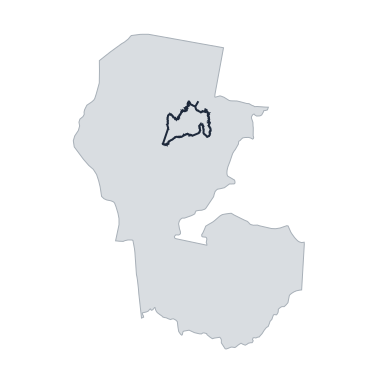 location of Mufumbwe, North-Western, Zambia, rotated 101°
{"feature_id": "96606910B54849868159577", "entity_name": "Mufumbwe", "entity_type": "district", "adm_level": 2, "iso_a3": "ZMB", "parent_name": "Zambia", "parent_adm1": "North-Western", "projection": "orthographic", "projection_center": [25.2, -13.766], "detail": "fine", "context": "in_parent", "style": "outline", "palette": "slate", "viewbox_px": 384, "rotation_deg": 101, "n_neighbors": 0, "source": "geoboundaries", "source_scale": "gbopen_adm2", "svg_char_len": 9190}
<svg xmlns="http://www.w3.org/2000/svg" viewBox="0 0 384 384"><g transform="rotate(101 192 192)"><path d="M254.5,257.7L238.0,257.4L232.0,258.6L227.0,260.6L221.1,263.7L217.6,265.9L216.7,267.1L216.1,269.9L216.1,274.1L215.4,277.1L213.6,279.9L204.6,283.1L198.7,285.8L193.0,289.0L188.6,293.2L185.6,298.4L180.6,304.8L170.2,316.2L164.3,318.3L159.3,317.8L153.3,315.3L148.6,314.9L145.0,316.3L141.8,315.9L138.8,313.4L136.3,312.6L134.2,313.2L131.7,313.1L126.9,311.8L122.8,307.7L120.6,306.0L118.9,305.3L114.0,304.7L102.7,303.8L91.0,305.9L80.7,308.0L70.1,298.9L59.9,289.4L57.7,286.9L53.9,283.7L51.1,282.2L50.0,281.4L47.1,272.8L45.5,264.9L44.4,188.6L91.3,188.1L94.3,187.8L94.4,187.0L92.3,182.9L92.4,181.5L92.9,178.7L95.0,173.2L95.1,171.3L94.1,165.3L94.2,162.0L94.7,155.2L94.4,152.9L95.5,149.8L95.8,147.8L96.3,146.9L95.7,144.6L94.7,136.5L94.2,133.2L97.0,133.6L97.9,135.3L98.5,137.1L99.8,137.2L103.1,138.3L104.3,139.8L105.1,143.0L104.6,144.7L103.6,146.0L104.6,147.2L106.9,148.0L108.2,147.7L112.0,145.5L115.5,144.7L117.3,144.1L125.1,142.7L126.6,141.9L127.7,141.9L128.5,142.5L127.8,144.8L127.6,146.8L128.5,150.7L129.2,152.5L130.9,153.8L132.0,154.4L133.4,155.8L136.1,155.6L142.0,157.6L143.8,158.5L146.3,159.4L148.1,159.7L154.3,160.5L160.7,161.6L164.1,161.7L166.5,161.4L168.2,160.9L169.2,160.3L169.7,159.7L172.2,152.5L173.4,151.9L175.0,151.5L176.0,152.2L177.0,156.8L181.6,161.0L183.2,164.5L184.4,167.5L185.4,168.4L187.1,169.4L190.0,169.8L192.5,169.9L205.1,175.2L206.4,176.1L208.0,178.9L208.8,181.9L209.8,184.4L211.4,184.9L212.9,185.1L214.3,186.7L215.4,188.2L219.0,194.3L219.5,196.7L221.3,198.3L223.7,199.0L225.9,199.1L227.3,198.5L230.5,197.3L233.0,195.9L234.8,195.4L235.9,195.8L236.7,196.8L237.2,199.8L239.0,200.8L240.3,200.4L240.8,199.3L240.9,198.7L241.4,167.3L240.2,167.5L238.8,168.4L235.4,168.4L234.1,169.1L233.7,170.1L233.9,171.4L234.0,173.1L233.5,174.0L232.0,174.3L229.9,173.5L226.1,172.6L222.9,172.0L220.7,169.6L217.6,166.0L215.6,164.2L210.7,160.4L209.9,159.7L208.4,157.9L207.2,155.0L206.0,151.5L205.4,149.4L206.6,146.1L209.6,135.2L210.3,131.9L212.7,128.5L212.9,125.4L212.0,121.4L212.3,119.3L212.7,106.9L212.1,102.9L210.5,98.6L207.0,92.5L207.0,91.2L212.6,87.3L214.2,85.8L217.1,82.7L219.1,80.0L220.3,77.9L220.8,75.0L219.9,72.3L221.8,71.8L267.2,65.7L267.8,67.6L269.1,70.7L270.7,73.0L272.6,75.0L274.2,76.3L275.3,76.7L282.3,76.7L284.7,78.0L286.9,79.6L287.4,82.0L288.8,83.5L290.3,84.7L291.0,84.9L292.1,84.6L294.0,84.6L295.7,85.2L296.5,85.7L296.6,87.7L297.1,88.6L299.4,89.0L301.8,89.3L304.1,90.7L306.6,91.0L309.5,91.6L310.8,93.1L313.8,94.7L317.5,96.1L321.6,98.5L321.7,99.2L322.4,100.5L323.1,101.4L323.1,102.8L323.4,104.1L324.5,104.4L325.3,104.5L326.2,103.6L327.3,103.7L328.5,104.3L328.8,105.8L329.7,107.8L331.2,109.2L332.2,110.5L331.8,112.9L331.1,115.0L333.1,117.2L335.8,119.4L336.5,120.3L336.6,123.3L337.0,124.4L338.7,126.9L339.6,128.6L339.5,129.6L334.5,134.4L331.4,135.0L330.1,136.0L329.3,137.0L331.1,142.1L332.1,144.0L331.2,146.3L329.1,150.2L328.2,150.5L328.0,153.6L328.5,154.7L329.5,155.6L329.8,157.7L329.6,162.7L328.2,168.5L330.2,173.6L331.0,174.2L334.0,174.3L334.5,174.8L333.7,176.2L331.5,178.4L327.6,179.9L322.0,181.7L320.8,183.5L320.0,186.1L320.6,187.7L321.3,188.6L321.0,190.9L320.4,193.3L320.5,195.3L320.2,197.0L319.5,197.8L318.4,200.3L317.1,202.9L316.2,204.0L314.7,205.2L312.5,206.2L312.5,206.7L315.0,208.0L315.6,208.8L315.8,209.4L314.7,210.7L315.9,211.5L317.2,212.2L318.5,214.0L319.9,217.2L320.2,217.6L320.6,217.6L321.4,217.3L323.0,216.0L324.1,215.6L325.4,217.5L302.0,224.8L296.6,226.3L288.4,228.9L285.7,229.9L283.6,230.8L261.9,236.6L258.5,237.7L250.9,240.7L250.6,241.3L250.7,242.7L251.3,245.7L252.5,248.5L253.6,250.1L254.2,254.1L254.5,257.7Z" fill="#d9dde1" stroke="#a8b0b8" stroke-width="1"/><path d="M103.9,211.9L103.7,212.3L103.8,212.5L104.1,212.5L104.6,212.8L104.7,212.7L105.0,212.9L105.5,212.5L105.9,213.0L106.2,213.1L106.5,212.6L107.0,212.9L107.5,212.8L107.2,212.4L107.6,212.1L107.7,211.8L107.6,211.7L107.8,211.5L108.0,211.7L108.2,212.2L108.6,212.3L108.9,212.9L109.1,213.1L109.5,213.1L109.4,213.4L109.5,213.6L109.9,213.4L109.9,213.5L110.1,213.8L110.1,213.6L110.4,213.6L110.5,213.5L110.4,213.1L110.1,213.0L110.5,212.7L110.6,213.0L110.8,213.0L111.0,212.9L111.1,213.2L110.9,213.3L110.9,213.7L111.4,214.5L111.8,214.0L111.5,214.0L111.6,213.9L111.3,213.5L111.3,213.3L111.6,213.3L111.6,213.2L111.8,213.1L112.1,213.1L112.0,212.9L112.3,212.8L112.4,213.2L112.7,213.1L112.7,213.3L113.0,213.5L113.3,213.8L113.3,214.0L113.6,213.9L113.6,214.6L113.8,214.4L114.1,214.5L114.2,215.8L114.0,216.1L113.8,216.1L113.8,216.4L114.2,216.5L114.3,216.7L114.1,216.9L114.6,217.0L114.5,217.3L114.9,217.1L115.2,217.1L115.2,217.3L115.4,217.6L115.6,217.5L115.8,217.9L116.1,217.8L116.3,217.8L116.4,217.7L117.0,218.0L118.0,218.1L118.4,218.4L118.4,218.6L118.8,218.6L118.9,218.8L119.1,218.7L119.5,218.9L119.8,219.2L120.2,219.0L120.8,219.2L121.0,219.1L121.0,219.3L121.2,219.2L121.3,219.5L121.5,219.3L121.9,219.5L121.8,219.4L122.1,219.4L122.4,219.2L122.5,219.4L123.1,219.5L123.1,219.8L122.9,219.9L122.8,220.1L123.1,220.1L123.2,220.4L123.0,220.5L123.6,220.8L123.4,220.9L123.3,221.2L123.8,221.3L123.8,221.8L123.4,221.8L123.2,222.0L123.3,222.2L123.2,222.3L123.3,222.6L122.9,222.7L123.0,222.8L122.7,223.1L122.6,223.4L122.3,223.7L122.3,224.6L121.8,224.8L121.7,225.1L121.1,225.4L121.1,225.8L120.6,226.1L120.2,226.6L120.0,227.5L119.8,227.6L120.0,228.0L119.8,228.3L120.1,228.3L119.9,228.8L120.1,229.1L120.6,229.4L120.7,229.7L121.7,230.1L123.0,230.0L123.4,230.2L124.0,230.2L124.2,229.9L124.9,229.8L125.3,230.0L126.3,229.4L127.1,229.4L127.1,229.2L127.5,229.2L128.2,229.2L128.6,228.9L129.2,229.0L129.4,228.8L129.7,229.0L130.3,228.9L130.5,229.1L130.6,228.9L131.5,228.8L133.4,227.7L134.6,227.7L134.9,227.7L135.0,227.4L135.4,227.7L150.1,229.7L150.2,229.9L150.5,229.8L150.7,229.3L150.8,228.5L150.5,228.2L150.8,227.5L150.3,227.2L150.2,227.0L150.3,226.9L150.1,226.7L150.4,226.5L150.5,226.5L150.3,226.2L150.5,226.0L150.6,225.8L149.9,225.9L149.6,225.7L149.1,225.6L149.0,225.3L149.6,224.8L149.2,224.3L148.3,224.6L148.1,224.4L147.8,224.4L147.4,224.7L146.6,224.3L146.2,223.5L145.4,223.0L144.8,221.8L144.3,221.5L143.8,220.8L143.1,220.5L142.4,219.5L142.1,219.5L141.9,219.2L141.5,219.2L140.9,218.2L140.9,217.8L140.7,217.6L140.6,217.0L140.8,216.5L140.8,216.3L140.5,216.0L140.6,215.9L140.7,215.5L140.7,215.0L140.5,214.6L140.3,214.6L140.3,214.4L140.1,214.3L140.2,214.2L140.0,213.7L140.1,213.3L139.4,212.2L139.0,212.0L138.9,211.7L138.3,211.1L138.0,211.1L138.0,210.9L137.6,210.9L137.7,210.7L137.3,210.0L137.0,209.6L137.1,209.4L136.8,209.1L136.3,208.7L136.4,208.3L136.3,208.1L136.0,207.9L135.9,207.7L136.1,207.5L136.1,207.3L136.0,206.9L135.9,206.9L136.1,206.4L136.0,206.2L136.2,205.8L136.4,205.6L137.1,205.4L136.7,204.5L136.1,204.3L136.1,204.2L136.2,203.3L136.5,203.0L136.5,202.7L136.7,202.4L132.9,196.6L132.3,196.6L132.2,196.4L132.0,196.2L131.9,196.0L131.4,195.9L131.2,196.0L130.5,196.0L130.1,195.7L129.9,195.9L128.7,196.1L128.4,196.3L128.3,196.6L128.1,196.8L127.8,196.8L127.5,196.7L127.4,196.9L127.2,196.8L126.7,196.8L126.2,197.1L126.2,197.3L125.9,197.6L123.6,196.4L123.8,196.3L123.9,195.8L124.2,195.7L124.2,195.4L124.0,195.2L123.8,195.0L123.9,194.7L124.2,194.5L124.0,194.4L124.5,194.1L124.7,193.9L125.0,193.6L125.5,193.6L125.6,193.4L126.1,193.7L126.7,193.3L127.0,193.3L127.6,192.9L127.9,192.9L128.1,192.7L128.2,192.8L129.0,192.4L129.3,192.4L129.9,192.2L130.4,192.2L131.1,192.1L131.4,192.1L131.6,192.1L131.8,192.0L132.2,191.6L132.3,191.6L132.4,191.4L133.0,191.0L133.1,190.2L133.6,189.7L133.8,189.0L134.9,188.0L134.9,187.3L134.2,186.9L134.1,186.5L133.8,186.3L133.7,185.9L133.1,185.8L132.8,185.5L132.2,185.5L131.7,185.6L131.4,185.4L130.8,185.9L130.2,185.9L130.0,186.0L129.9,186.2L129.7,186.2L129.5,185.9L129.2,186.0L128.9,185.8L128.8,185.5L128.6,185.4L128.2,185.4L128.1,185.6L127.8,185.6L127.8,185.8L127.2,185.7L126.7,185.8L125.9,186.1L125.8,186.3L125.7,186.4L125.7,186.5L125.4,186.7L125.4,186.9L125.2,187.0L124.8,187.4L124.6,187.4L124.6,187.5L124.4,187.8L124.0,188.0L123.7,188.4L123.4,188.2L123.2,188.2L122.5,188.0L122.2,188.2L121.7,188.1L121.0,187.7L120.6,187.7L120.5,187.9L120.7,188.0L120.7,188.4L120.5,188.2L120.3,188.3L120.3,188.7L120.0,188.4L119.8,188.7L119.6,188.6L119.3,188.8L119.3,189.0L119.1,189.0L118.9,189.1L118.9,189.5L118.3,189.1L117.7,189.3L117.5,189.0L117.0,189.2L116.9,189.7L116.7,189.8L116.5,189.6L116.1,189.4L115.8,189.5L115.7,189.6L115.4,189.7L115.5,189.9L115.4,190.0L115.1,190.2L115.0,190.3L114.3,190.3L114.0,190.5L113.7,190.5L114.1,191.0L113.9,191.1L113.8,190.9L113.6,190.8L113.3,191.0L112.7,190.7L112.8,190.3L112.5,190.2L112.4,190.4L112.6,190.7L112.0,190.7L112.3,190.8L111.9,191.0L111.6,190.8L111.7,191.2L111.4,191.2L111.2,191.5L110.6,191.8L110.2,192.5L110.3,192.8L109.8,192.8L109.2,193.3L108.8,193.3L108.7,193.6L109.0,193.5L109.2,194.1L108.9,194.6L109.7,194.6L110.2,195.1L110.6,195.1L110.8,194.9L110.6,197.1L111.2,197.1L111.7,198.0L112.1,198.3L112.2,198.6L111.6,199.6L111.4,200.8L111.2,201.3L110.9,201.5L110.8,201.9L111.0,202.3L110.8,203.0L110.2,203.4L109.9,203.9L108.1,204.8L107.5,205.4L107.1,204.9L101.7,203.1L107.1,204.9L107.5,205.4L107.3,205.7L107.2,206.2L107.1,207.2L106.6,208.2L106.5,209.2L106.2,209.9L106.1,210.2L105.4,210.6L105.3,210.8L105.0,210.9L104.5,211.5L103.9,211.9Z" fill="none" stroke="#1e293b" stroke-width="2"/></g></svg>